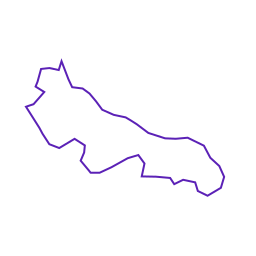 outline of Dong-gu, South Chungcheong, South Korea, rotated 282°
{"feature_id": "91817680B53543824194985", "entity_name": "Dong-gu", "entity_type": "district", "adm_level": 2, "iso_a3": "KOR", "parent_name": "South Korea", "parent_adm1": "South Chungcheong", "projection": "natural_earth1", "projection_center": [127.479, 36.306], "detail": "fine", "context": "isolated", "style": "outline", "palette": "violet", "viewbox_px": 256, "rotation_deg": 282, "n_neighbors": 0, "source": "geoboundaries", "source_scale": "gbopen_adm2", "svg_char_len": 758}
<svg xmlns="http://www.w3.org/2000/svg" viewBox="0 0 256 256"><g transform="rotate(282 128 128)"><path d="M149.3,29.0L145.8,38.6L131.7,30.7L127.6,23.8L109.8,41.2L104.6,45.6L95.8,54.4L94.1,64.9L106.3,78.0L102.0,89.4L94.9,90.2L86.2,88.5L78.5,98.3L76.5,100.7L78.3,109.5L86.2,120.0L98.4,134.0L103.7,143.7L96.7,151.5L83.5,151.5L86.2,165.6L87.9,179.6L82.7,184.9L88.8,192.7L88.8,205.0L80.9,209.4L78.3,219.9L88.8,231.3L100.2,232.2L109.8,225.2L116.0,214.7L126.5,205.9L129.5,193.9L130.9,188.4L127.4,177.0L125.6,166.4L127.4,148.9L133.5,135.8L136.1,128.8L137.9,123.5L137.9,111.3L140.5,99.0L147.5,91.1L153.7,83.2L157.2,75.4L156.3,64.9L163.3,59.6L179.5,49.1L170.3,48.2L170.3,38.6L167.7,30.7L154.5,29.9L149.3,29.0Z" fill="none" stroke="#5b21b6" stroke-width="2"/></g></svg>